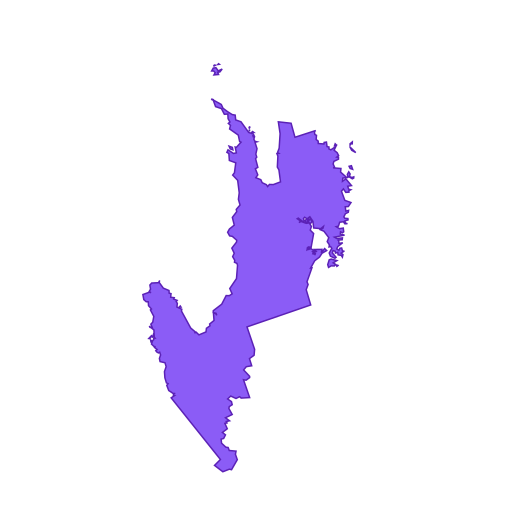 Alotau District, Milne Bay, Papua New Guinea (Natural Earth projection), rotated 251°
{"feature_id": "67681753B64121020462611", "entity_name": "Alotau District", "entity_type": "district", "adm_level": 2, "iso_a3": "PNG", "parent_name": "Papua New Guinea", "parent_adm1": "Milne Bay", "projection": "natural_earth1", "projection_center": [150.058, -10.179], "detail": "fine", "context": "isolated", "style": "filled", "palette": "violet", "viewbox_px": 512, "rotation_deg": 251, "n_neighbors": 0, "source": "geoboundaries", "source_scale": "gbopen_adm2", "svg_char_len": 6176}
<svg xmlns="http://www.w3.org/2000/svg" viewBox="0 0 512 512"><g transform="rotate(251 256 256)"><path d="M191.9,291.8L207.8,292.5L212.1,296.0L215.0,295.8L226.6,305.0L226.8,303.7L232.4,310.0L234.3,315.7L237.1,319.3L238.1,324.6L240.7,323.3L237.7,318.8L240.8,320.5L243.1,313.5L240.8,314.4L241.3,311.7L240.4,312.2L239.7,311.1L239.2,313.0L237.6,311.9L239.2,312.5L239.3,310.8L240.0,310.7L240.5,311.8L241.7,310.9L242.0,312.7L245.0,310.4L245.1,308.6L246.8,309.5L247.2,308.1L245.4,307.4L245.2,306.3L247.1,307.3L247.5,308.6L246.9,309.8L245.2,308.9L245.6,310.6L258.5,317.8L262.8,315.7L265.9,318.0L270.0,317.1L270.5,314.2L274.0,309.8L273.6,307.5L274.5,309.6L277.8,307.1L278.1,308.3L273.0,311.7L273.1,312.8L276.0,313.1L276.8,314.6L273.2,317.5L275.0,317.7L275.6,319.7L270.3,321.1L263.7,319.7L260.8,326.1L262.0,329.4L260.5,328.4L259.9,325.4L257.3,328.3L249.7,330.8L246.4,328.0L242.7,329.0L240.8,328.0L240.7,329.6L238.6,330.2L235.0,326.2L231.6,326.3L228.2,329.9L228.7,331.3L234.0,329.2L236.1,330.6L234.7,332.4L232.9,332.1L232.8,334.5L230.4,334.0L228.8,336.8L226.8,337.3L229.0,338.7L231.0,337.4L232.0,341.2L232.3,339.4L235.7,339.6L236.0,337.8L234.4,336.3L236.4,334.6L238.3,336.4L240.3,342.3L240.9,338.5L243.9,339.3L244.5,338.2L243.3,342.8L245.0,343.6L246.2,338.1L248.3,336.3L246.9,346.5L249.3,342.8L251.4,343.8L249.8,345.4L250.3,346.8L254.0,347.6L254.7,343.8L257.6,341.4L257.4,343.7L260.7,346.1L259.9,349.8L257.5,350.5L256.8,353.0L257.9,351.4L260.2,351.3L260.2,354.8L261.5,355.1L262.8,352.2L264.4,351.8L266.9,354.3L267.3,357.5L269.0,358.4L269.2,355.6L273.5,356.4L272.7,359.4L275.6,363.2L279.7,358.1L289.5,357.9L291.0,360.5L286.9,361.6L286.1,364.7L287.4,365.0L287.8,367.2L289.0,365.4L292.1,365.4L291.5,369.2L299.6,366.1L298.5,362.1L301.4,363.4L300.7,367.3L307.8,363.3L311.1,364.8L314.2,357.7L314.3,359.2L317.9,358.9L320.1,360.4L320.7,365.5L322.4,366.1L323.2,364.6L324.0,366.8L327.2,366.4L330.6,364.3L333.6,367.2L332.0,361.3L333.6,359.8L335.3,360.5L336.3,358.8L340.8,359.7L341.2,357.4L339.8,356.7L342.1,351.5L344.4,352.2L346.6,350.8L350.4,352.5L351.7,351.2L354.6,351.7L355.2,353.3L355.6,331.5L370.1,332.4L375.6,320.8L363.8,318.6L350.4,313.0L346.9,310.1L345.6,311.0L346.0,309.1L343.3,309.2L333.1,305.1L330.0,305.7L318.1,303.3L317.9,295.6L319.3,292.0L317.9,289.6L320.0,289.1L323.3,285.7L326.6,285.4L330.1,281.3L332.1,284.1L338.7,283.8L339.2,286.6L348.2,287.3L349.2,288.9L352.4,289.0L357.1,291.9L363.8,292.1L363.7,294.0L364.8,292.3L367.2,292.0L369.0,293.3L369.6,292.2L370.6,292.3L370.1,293.4L372.2,293.2L375.2,289.3L387.8,285.5L391.3,281.1L396.0,282.2L397.5,279.5L401.9,276.0L406.5,272.9L410.6,272.5L417.5,266.3L410.4,266.4L406.6,271.3L400.3,272.2L399.4,275.6L394.9,274.3L391.2,275.0L390.4,273.0L387.8,274.4L384.7,272.4L376.1,278.6L369.6,277.8L368.5,278.9L365.1,272.8L365.8,271.8L359.9,271.0L360.3,268.1L365.5,264.1L363.5,262.2L361.7,263.7L355.0,261.9L350.7,267.2L341.7,262.7L340.1,260.3L333.5,263.3L321.2,260.7L315.3,257.8L309.4,257.5L306.5,252.5L304.2,252.2L300.2,246.2L292.3,245.5L290.2,239.7L287.7,236.9L283.6,237.6L282.3,240.0L277.2,242.9L275.5,242.1L271.3,235.7L265.7,236.3L263.0,233.7L258.8,234.5L257.1,233.6L255.2,235.6L253.2,235.5L241.0,230.2L233.8,220.6L228.0,221.1L227.2,217.9L228.3,214.9L221.6,207.9L218.2,197.8L216.5,197.1L214.8,199.6L212.7,199.6L214.8,199.1L216.0,197.2L208.7,195.3L206.8,190.0L205.0,189.8L203.8,185.6L200.5,184.0L200.0,176.4L203.5,174.6L203.1,172.7L203.8,174.0L209.2,170.8L228.2,167.6L229.8,168.5L233.5,164.6L236.8,166.2L238.9,165.7L239.7,167.0L242.1,164.1L243.2,165.1L244.8,161.9L248.1,163.4L249.1,161.8L251.7,162.5L255.8,157.9L262.7,155.8L264.2,157.0L262.5,155.1L264.4,148.6L263.1,146.2L259.0,145.5L257.2,143.4L255.5,144.8L256.5,143.3L256.4,136.5L251.3,135.7L248.5,137.3L247.8,139.2L244.0,138.2L239.9,139.9L239.4,138.6L232.2,139.7L227.0,136.8L225.8,134.4L222.3,134.6L222.8,133.2L219.3,135.4L214.5,134.0L215.4,133.6L214.3,132.8L211.2,133.8L211.6,132.5L210.2,132.1L209.5,130.1L210.8,129.0L208.9,128.7L208.7,130.0L206.8,128.5L203.1,130.4L203.4,131.5L202.5,130.3L199.8,132.1L199.1,130.4L197.6,130.9L196.1,132.2L196.4,133.6L193.5,133.6L190.6,131.3L187.4,130.9L184.7,135.2L180.6,135.0L176.5,131.8L170.5,130.2L165.2,130.0L163.9,131.3L162.7,129.5L157.2,129.7L153.0,132.9L152.3,134.9L152.4,133.1L150.9,132.4L150.5,133.3L149.5,129.6L75.2,156.1L71.5,148.6L62.8,154.4L63.1,161.4L61.9,163.3L69.5,172.0L75.2,172.0L78.0,173.6L80.8,167.4L84.0,167.3L85.1,165.2L90.2,162.5L94.2,163.4L94.0,166.0L96.8,168.9L100.1,166.8L102.0,172.6L107.9,172.1L107.6,174.2L109.2,174.0L108.8,177.3L113.0,174.5L113.9,181.9L120.7,180.7L122.3,181.7L123.2,185.1L126.3,185.4L130.1,182.6L131.8,186.5L127.8,190.7L128.3,194.7L126.5,195.7L124.2,203.9L143.1,203.9L141.8,206.2L143.1,210.4L144.3,210.8L152.3,207.2L154.5,210.8L153.6,216.2L161.1,216.4L162.8,221.9L168.2,224.3L191.9,224.4L191.9,291.8ZM224.5,321.0L221.6,320.9L222.2,323.9L221.1,326.8L222.1,328.6L224.4,326.7L225.3,331.0L228.6,326.1L228.6,324.0L224.5,321.0ZM447.6,276.8L445.4,274.3L444.7,276.2L442.6,277.1L440.9,275.2L439.8,279.7L442.2,279.5L441.8,281.8L443.8,284.9L443.3,280.6L447.1,279.4L447.6,276.8ZM303.4,368.9L300.5,368.6L300.8,369.6L297.6,372.2L297.9,373.8L299.0,374.2L299.0,372.3L300.7,370.2L302.9,371.7L305.4,371.1L303.4,368.9ZM273.9,319.3L270.8,316.2L269.1,318.3L270.2,320.2L273.9,319.3ZM272.5,317.2L274.1,315.3L273.6,313.8L271.0,314.5L272.5,317.2ZM328.6,380.3L324.8,380.9L321.3,384.0L328.6,380.3ZM368.6,266.3L365.7,266.5L363.9,268.7L366.4,269.0L368.6,266.3ZM310.3,375.6L310.5,373.2L308.1,373.5L306.5,375.6L310.3,375.6ZM212.5,132.0L214.7,131.2L212.9,127.8L212.4,128.8L214.2,130.9L212.5,132.0ZM331.5,381.5L330.3,381.1L331.2,382.2L330.7,383.5L332.5,384.2L331.5,381.5ZM334.9,368.1L336.3,367.4L334.9,366.3L334.9,368.1ZM449.6,279.7L450.1,278.8L449.2,277.6L449.6,279.7ZM449.2,283.7L450.0,283.2L449.5,282.3L449.2,283.7ZM232.2,168.4L233.4,168.1L232.8,166.9L232.2,168.4ZM373.6,294.1L374.8,293.3L374.3,292.1L373.6,294.1ZM223.1,132.5L222.8,132.9L224.6,132.5L223.1,132.5ZM380.6,292.2L379.5,291.2L379.1,291.3L379.4,291.9L380.6,292.2ZM418.2,266.0L419.1,264.9L418.0,265.4L418.2,266.0ZM220.9,329.0L219.9,329.1L220.3,330.5L220.7,330.3L220.9,329.0ZM375.9,290.6L377.1,290.8L377.1,290.6L375.9,290.6Z" fill="#8b5cf6" stroke="#5b21b6" stroke-width="1.5"/></g></svg>